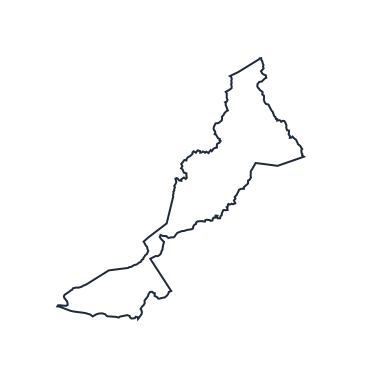 São Jerônimo, Rio Grande do Sul, Brazil, rotated 196°
{"feature_id": "56859067B72938685256949", "entity_name": "São Jerônimo", "entity_type": "district", "adm_level": 2, "iso_a3": "BRA", "parent_name": "Brazil", "parent_adm1": "Rio Grande do Sul", "projection": "albers", "projection_center": [-51.898, -30.291], "detail": "fine", "context": "isolated", "style": "outline", "palette": "slate", "viewbox_px": 384, "rotation_deg": 196, "n_neighbors": 0, "source": "geoboundaries", "source_scale": "gbopen_adm2", "svg_char_len": 4518}
<svg xmlns="http://www.w3.org/2000/svg" viewBox="0 0 384 384"><g transform="rotate(196 192 192)"><path d="M269.9,72.6L271.0,71.7L272.0,70.5L274.5,68.9L277.2,68.1L278.2,67.6L279.8,66.7L280.4,64.8L281.7,63.7L282.8,61.9L283.9,60.9L284.6,59.7L285.5,58.9L286.2,57.9L286.4,56.4L285.6,55.0L284.6,54.4L283.4,53.4L282.2,52.6L281.2,51.3L280.4,49.2L281.6,47.9L283.2,47.6L284.8,47.2L286.3,47.0L287.8,46.7L289.6,46.1L289.9,44.9L288.0,45.3L278.5,44.5L276.1,44.3L273.1,44.5L271.4,44.7L268.8,45.1L265.5,45.6L263.5,45.9L261.3,46.2L260.0,46.2L258.8,46.2L257.3,46.2L256.2,46.2L254.6,45.6L253.2,45.0L250.2,48.1L248.7,49.0L247.6,49.7L244.7,50.6L243.6,50.6L242.0,50.6L239.3,49.2L232.9,50.5L231.6,50.9L227.8,51.1L227.1,52.2L225.9,52.9L224.9,53.4L220.3,55.8L217.7,55.6L217.1,54.4L215.3,53.7L212.2,54.9L211.7,56.6L209.7,56.6L208.9,55.0L206.8,60.7L207.0,62.6L208.0,64.4L209.2,65.4L208.5,68.0L207.4,69.7L206.8,72.0L207.7,74.5L207.0,76.2L205.6,79.7L205.7,81.6L204.8,84.3L202.8,85.1L201.2,84.3L199.8,84.4L199.4,81.9L196.4,81.2L195.3,80.3L194.1,80.4L190.6,82.5L189.1,83.1L187.4,85.7L186.7,88.0L186.8,89.5L184.7,91.1L213.7,116.3L209.3,120.4L207.3,120.9L205.8,122.5L204.9,124.4L205.0,126.8L204.5,128.2L205.1,132.4L205.1,136.3L208.1,137.9L210.6,139.8L210.4,142.0L208.0,141.7L206.9,142.0L204.3,142.5L203.2,141.7L202.1,141.3L199.4,142.7L197.0,143.4L196.3,144.7L195.9,146.3L194.8,148.7L190.7,151.8L189.2,152.2L186.2,154.2L182.3,156.0L181.0,157.2L181.3,159.2L180.7,161.2L179.4,162.2L179.6,164.0L178.5,165.3L175.4,166.5L171.4,167.1L171.4,168.7L170.2,169.4L167.2,169.9L165.9,169.4L164.5,170.3L164.6,171.7L164.3,173.2L162.6,173.8L162.9,175.8L161.0,176.2L161.0,174.7L160.2,173.8L157.8,174.4L157.9,176.6L157.0,178.1L157.4,179.4L157.2,181.0L157.1,182.9L156.3,183.6L155.1,183.6L152.8,184.5L153.3,185.7L154.5,187.0L153.6,187.6L154.0,189.4L153.7,190.5L152.2,190.3L150.6,191.7L149.3,191.5L147.3,193.0L149.4,195.4L148.4,197.6L149.6,198.9L148.3,201.4L148.1,202.7L147.5,205.5L147.5,207.0L145.8,208.5L143.0,209.4L143.6,210.7L140.5,215.6L141.2,218.6L140.0,219.5L139.8,220.8L139.3,222.1L140.2,224.0L140.7,226.5L141.2,227.7L140.2,231.8L138.8,237.4L127.4,239.2L117.0,240.7L94.1,256.8L96.3,257.6L96.4,259.0L97.4,259.6L98.0,261.1L98.5,262.4L97.9,263.7L98.9,264.4L100.7,266.2L102.2,266.7L103.4,267.3L104.1,268.4L105.3,269.6L106.2,270.8L107.8,271.4L109.2,272.0L110.7,273.0L111.5,271.7L112.9,271.0L113.3,272.8L114.9,273.9L115.2,275.8L115.7,277.8L117.6,277.6L119.1,279.7L119.6,282.1L121.5,284.5L122.8,285.7L124.1,285.5L125.6,284.1L126.5,285.0L127.9,285.1L129.8,284.1L130.2,285.5L131.6,285.4L132.4,287.0L133.9,287.6L136.5,291.3L137.6,291.9L138.5,292.7L142.6,297.1L145.4,297.1L147.0,298.4L148.4,300.6L148.7,302.6L149.5,304.5L151.4,305.2L151.6,307.5L153.0,308.1L155.2,308.9L156.0,309.8L157.5,310.5L158.4,311.7L158.8,313.7L157.7,316.3L155.4,317.5L154.2,319.5L153.4,321.1L152.1,322.3L153.3,324.5L155.6,324.7L157.1,325.3L159.0,327.1L157.2,330.5L158.3,332.2L158.3,333.8L159.4,335.0L160.4,337.0L161.5,337.8L162.4,339.7L163.7,339.2L164.3,337.9L170.4,331.2L180.6,320.0L187.5,313.9L186.0,313.4L185.2,312.1L184.8,310.9L184.9,309.6L183.9,307.9L184.1,306.5L183.0,304.5L182.6,302.8L183.9,300.8L187.2,297.5L185.8,296.4L185.3,294.7L184.7,292.3L183.2,290.3L183.5,288.5L184.9,287.4L184.0,286.7L183.6,284.9L182.0,282.9L181.0,281.4L180.0,280.3L181.1,279.3L182.4,277.1L182.9,274.7L184.0,272.4L183.3,271.0L183.1,268.9L184.4,267.2L185.4,265.7L188.3,264.4L188.9,260.6L188.7,258.8L187.9,257.6L186.8,256.9L185.8,255.2L186.2,253.9L184.6,253.6L182.0,251.0L179.8,250.6L179.7,249.0L178.6,248.8L179.2,246.9L181.0,245.4L181.0,243.5L180.3,241.6L182.0,240.7L183.3,239.5L184.2,236.7L185.5,237.5L186.4,235.6L186.8,234.0L189.3,234.7L190.3,233.3L191.4,233.9L192.8,233.9L193.4,232.9L194.9,232.0L195.6,233.6L198.1,233.5L199.1,230.8L201.6,231.6L202.4,230.3L202.0,228.9L203.7,226.0L205.6,224.2L206.2,222.5L206.1,220.8L208.1,220.7L209.4,217.5L210.1,215.9L208.3,214.0L209.0,211.7L207.3,211.1L205.2,208.4L202.5,208.4L201.8,205.8L200.9,204.2L201.7,202.8L203.7,203.7L205.9,201.1L205.3,199.8L207.7,199.6L209.6,201.0L210.8,201.1L211.6,200.2L210.4,198.3L209.8,196.8L210.1,195.1L210.8,192.9L209.7,191.8L209.9,189.8L209.4,188.4L210.0,187.3L209.3,185.5L209.4,183.7L208.8,182.5L208.6,177.2L207.7,154.8L221.5,136.2L224.8,131.0L222.7,128.9L221.6,127.8L219.9,126.7L219.0,124.7L217.8,123.3L218.3,119.9L219.6,118.1L219.8,116.9L220.5,115.5L220.3,114.1L221.6,112.8L222.0,110.6L223.4,109.6L225.1,107.2L227.8,105.5L230.1,103.0L231.5,102.6L232.5,101.4L250.4,93.7L268.3,73.8L269.9,72.6Z" fill="none" stroke="#1e293b" stroke-width="2"/></g></svg>